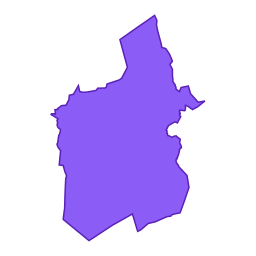 Overhalla nor, Nord-Trøndelag, Norway (Albers equal-area conic projection)
{"feature_id": "86288312B92736978662870", "entity_name": "Overhalla nor", "entity_type": "district", "adm_level": 2, "iso_a3": "NOR", "parent_name": "Norway", "parent_adm1": "Nord-Trøndelag", "projection": "albers", "projection_center": [12.025, 64.481], "detail": "fine", "context": "isolated", "style": "filled", "palette": "violet", "viewbox_px": 256, "rotation_deg": 0, "n_neighbors": 0, "source": "geoboundaries", "source_scale": "gbopen_adm2", "svg_char_len": 4750}
<svg xmlns="http://www.w3.org/2000/svg" viewBox="0 0 256 256"><path d="M119.9,39.6L127.4,67.2L121.7,78.2L119.1,80.0L108.2,83.6L107.0,84.1L106.6,85.9L106.1,87.4L105.1,88.0L101.1,88.1L99.6,88.2L97.9,88.1L96.0,90.4L95.1,90.6L89.5,91.6L87.0,92.1L84.4,92.2L83.2,92.2L82.4,92.2L79.7,91.5L78.4,85.6L73.5,94.2L69.3,95.3L68.9,99.6L66.0,105.3L63.4,105.4L61.3,105.7L60.6,106.4L60.5,106.5L57.5,108.6L57.7,109.6L54.9,109.7L55.3,112.0L55.3,112.7L55.4,113.2L55.5,113.9L55.1,114.3L54.7,114.0L54.2,113.8L54.0,113.7L52.7,113.8L52.0,113.8L51.5,113.8L51.1,114.6L52.6,115.4L52.8,115.5L56.2,117.7L56.5,117.8L56.9,118.0L57.9,118.5L57.8,118.9L57.7,119.2L57.6,119.3L57.5,119.5L57.4,119.7L57.3,119.8L57.1,120.0L57.1,120.3L57.1,120.5L57.0,120.8L57.1,121.2L57.2,121.5L57.4,121.7L57.5,121.9L57.6,122.1L57.6,122.4L57.5,122.8L57.5,123.2L57.4,123.6L57.2,124.1L57.2,124.6L57.1,125.1L57.8,127.1L58.1,127.4L58.5,127.9L58.7,128.2L60.4,129.3L60.4,131.1L60.2,131.8L59.9,132.5L59.8,133.0L59.7,133.4L59.3,134.5L58.7,135.6L57.9,141.1L57.9,141.8L57.8,142.4L57.0,144.1L57.2,144.5L57.1,144.9L57.2,145.1L57.5,145.8L57.7,146.0L57.8,146.2L57.8,146.4L57.8,146.7L57.8,146.8L58.0,147.1L58.2,147.3L58.3,147.6L58.5,147.9L58.6,148.1L58.9,148.4L59.0,148.6L60.6,150.6L59.2,165.0L63.2,165.5L64.9,171.7L66.6,175.8L65.7,178.7L65.7,179.2L65.4,185.2L65.1,192.7L65.1,193.3L65.0,195.1L64.9,197.8L64.9,199.7L64.6,208.6L64.3,210.6L64.1,212.0L63.5,216.5L63.5,216.8L63.2,219.4L63.9,220.0L65.0,220.9L73.8,228.1L77.1,230.9L77.9,231.5L89.0,240.6L109.4,227.2L112.6,225.1L120.3,220.8L128.6,216.1L132.4,214.0L133.9,218.8L135.8,225.1L136.7,228.2L137.7,231.4L139.3,230.6L140.7,229.9L148.2,223.5L155.3,221.8L160.7,219.4L167.2,216.6L170.9,216.1L171.9,214.8L173.9,214.1L180.1,212.8L184.2,201.5L189.0,187.4L187.0,175.5L179.8,167.8L178.8,166.7L178.3,165.2L178.2,165.1L177.7,164.7L177.6,164.4L177.3,164.2L177.2,164.0L177.2,163.8L177.1,163.7L176.8,163.2L176.5,162.7L176.4,162.2L176.2,161.8L176.2,161.7L176.1,161.4L176.0,161.2L175.9,161.1L176.0,160.9L176.1,160.7L176.1,160.4L176.1,160.2L176.1,159.9L176.1,159.7L176.2,159.4L176.3,159.2L176.5,159.1L176.7,158.9L176.9,158.9L177.0,158.9L177.1,158.7L177.3,158.2L177.4,157.8L177.3,157.6L177.4,157.4L177.3,157.1L177.4,156.9L177.5,156.8L177.6,156.6L177.7,156.4L177.8,156.2L178.0,156.0L178.1,155.9L178.1,155.7L178.5,154.6L178.7,153.7L179.0,152.9L179.3,151.4L179.5,150.9L179.4,150.6L179.4,150.0L179.5,149.8L179.4,149.6L179.4,149.4L179.5,149.3L179.8,149.1L180.1,148.8L180.4,148.5L180.7,148.2L180.8,148.0L181.1,147.8L181.4,147.7L181.2,147.3L181.3,146.8L181.3,146.6L181.1,146.1L181.1,145.8L181.1,145.7L180.9,145.3L180.8,145.0L180.7,144.9L180.4,144.4L180.1,144.2L180.1,143.9L180.0,143.3L179.8,142.8L179.8,142.3L179.8,141.9L179.8,141.5L179.8,140.7L180.0,140.4L180.2,140.1L180.2,139.6L180.2,139.4L180.0,139.1L179.9,138.8L179.4,138.5L179.2,138.4L178.9,138.3L178.3,137.9L178.2,137.7L177.9,137.3L177.5,137.1L177.2,137.2L176.9,136.7L176.5,136.4L176.1,135.8L173.8,136.3L171.9,137.3L169.9,136.2L169.5,136.0L169.2,135.9L168.7,135.8L168.0,135.7L167.7,135.0L167.5,134.4L167.4,134.3L167.5,134.2L167.4,133.7L167.2,133.5L167.3,133.4L167.2,133.3L167.1,133.1L166.9,133.0L166.9,132.8L166.9,132.6L166.9,132.4L167.0,132.2L166.9,132.0L166.9,131.9L166.9,131.7L167.0,131.6L167.0,131.4L166.9,131.4L166.8,131.2L166.8,130.9L166.8,130.7L166.7,130.7L166.5,130.4L166.4,130.3L166.5,130.2L166.4,129.9L166.2,129.7L166.3,129.5L166.3,129.4L166.6,129.1L166.8,128.8L166.8,128.7L166.9,128.4L167.1,128.3L167.2,128.2L167.3,128.0L167.4,127.8L167.4,127.7L167.5,127.5L167.5,127.4L167.7,127.2L167.7,126.9L167.7,126.7L168.1,126.3L168.1,126.2L168.3,126.1L168.5,125.7L169.7,124.8L175.0,121.8L177.4,122.9L180.7,116.6L179.5,115.3L180.0,114.7L179.9,114.4L179.7,113.5L180.2,113.4L180.0,112.7L179.5,112.0L179.7,111.3L179.4,110.9L179.9,110.1L182.8,110.5L184.8,110.7L185.2,110.0L185.4,109.1L185.5,107.6L185.5,106.9L185.4,105.4L187.7,106.1L189.2,107.2L189.7,107.3L189.8,107.4L190.5,108.3L190.9,108.4L191.1,108.6L191.7,108.9L192.2,109.3L192.4,109.6L197.6,106.8L204.9,101.0L198.1,102.2L196.4,100.2L190.7,93.9L189.6,90.4L189.4,89.9L189.2,88.9L188.3,86.0L181.1,87.5L179.4,91.6L176.1,89.2L176.0,88.6L176.0,88.4L176.0,88.2L176.0,87.9L176.0,87.7L175.9,87.1L175.7,86.6L175.5,86.3L175.0,85.8L175.2,85.1L175.1,84.7L174.9,84.4L174.5,84.0L174.4,84.0L174.1,83.5L174.0,83.3L173.9,83.0L173.8,82.8L173.6,82.6L173.3,82.0L172.9,81.5L172.9,81.4L172.9,81.2L172.9,80.3L172.9,79.3L172.5,76.5L172.4,69.2L169.9,64.4L170.0,64.2L170.1,63.9L170.4,63.6L170.7,63.4L171.0,63.1L171.1,62.9L171.4,62.6L171.5,62.5L171.6,62.3L171.8,62.2L172.0,61.9L172.2,61.6L172.2,61.4L172.2,61.2L172.3,60.8L169.5,54.2L169.1,53.7L168.7,52.9L165.7,48.5L161.9,47.5L160.9,42.7L157.7,31.0L156.5,25.0L156.9,20.4L154.6,15.4L137.3,27.4L119.9,39.6Z" fill="#8b5cf6" stroke="#5b21b6" stroke-width="1.5"/></svg>